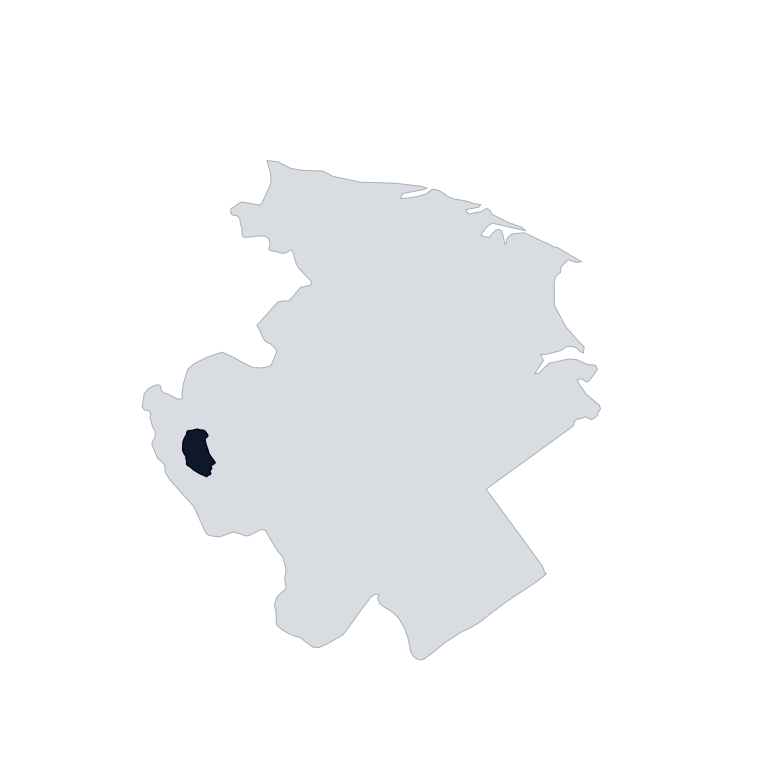 location of Djouori-Agnili, Haut-Ogooué, Gabon, rotated 144°
{"feature_id": "22940354B21948278538135", "entity_name": "Djouori-Agnili", "entity_type": "district", "adm_level": 2, "iso_a3": "GAB", "parent_name": "Gabon", "parent_adm1": "Haut-Ogooué", "projection": "orthographic", "projection_center": [13.959, -1.472], "detail": "fine", "context": "in_parent", "style": "filled", "palette": "ink", "viewbox_px": 768, "rotation_deg": 144, "n_neighbors": 0, "source": "geoboundaries", "source_scale": "gbopen_adm2", "svg_char_len": 4589}
<svg xmlns="http://www.w3.org/2000/svg" viewBox="0 0 768 768"><g transform="rotate(144 384 384)"><path d="M520.3,145.7L519.9,151.3L513.6,165.0L510.6,175.6L509.8,186.9L511.6,195.9L514.6,202.4L516.6,209.4L515.1,214.3L512.0,216.4L514.1,218.9L518.7,219.5L526.6,217.3L538.7,213.6L554.6,208.2L565.1,205.2L582.3,207.1L591.5,209.1L596.2,212.9L601.3,229.1L603.8,231.6L608.0,238.5L611.5,246.7L612.2,250.9L611.9,253.9L608.3,258.4L604.4,265.0L603.0,269.0L599.7,271.9L595.5,274.8L584.0,276.0L582.3,277.7L579.0,284.7L572.9,290.6L570.2,296.2L567.7,303.7L568.2,313.0L567.0,326.3L565.8,335.3L568.8,338.5L582.6,340.7L585.2,342.5L588.9,348.1L593.6,353.3L606.2,356.6L611.1,360.7L615.0,365.1L615.6,368.7L612.7,383.1L609.9,397.0L611.0,407.6L612.1,417.7L613.5,432.5L612.9,441.4L609.3,446.9L609.3,451.2L610.9,456.4L607.8,470.7L605.8,473.1L600.1,475.8L597.2,479.7L596.2,485.7L593.2,494.0L590.1,497.0L590.1,500.9L593.1,503.7L593.0,508.0L587.4,513.1L584.0,517.0L576.5,518.9L567.9,516.9L565.9,514.1L568.0,509.6L567.2,506.1L564.3,502.3L559.7,492.7L555.6,490.7L553.4,494.6L546.4,501.9L534.1,511.3L525.4,512.0L509.5,509.2L496.1,504.7L489.9,493.7L485.9,484.7L480.2,474.1L473.8,469.1L467.0,465.9L463.9,465.7L454.2,471.6L451.2,473.9L451.3,478.8L452.2,483.4L453.7,485.6L455.0,488.6L454.7,493.2L453.0,499.3L452.4,506.1L421.8,512.7L416.5,510.3L412.6,507.3L408.0,507.8L394.7,511.3L389.8,508.9L385.0,507.1L382.8,508.6L382.6,511.5L384.9,527.4L384.2,533.5L381.2,541.4L379.7,546.8L387.8,548.3L390.7,550.8L393.6,554.8L397.5,558.5L397.8,560.8L393.3,565.0L391.8,570.1L393.9,574.1L399.5,578.3L407.5,582.6L411.5,585.4L411.1,588.0L407.4,593.6L405.9,598.3L403.4,602.5L403.9,606.4L407.6,610.1L407.2,613.3L404.7,615.8L399.7,615.3L395.5,615.6L391.7,614.6L379.7,602.0L377.1,601.7L359.8,611.4L355.5,615.4L352.0,621.1L347.3,633.5L339.4,626.3L332.6,613.1L324.6,605.0L308.0,591.9L303.5,582.3L284.4,561.1L257.0,539.9L237.2,521.5L234.2,517.4L237.6,517.9L256.7,527.1L259.3,526.0L261.4,524.0L253.2,519.2L245.3,515.4L237.9,513.0L230.6,513.2L226.4,509.4L223.7,503.4L222.3,498.4L219.1,493.1L208.6,482.1L206.0,477.9L200.3,472.2L203.7,471.4L215.0,476.9L216.0,474.7L215.0,471.5L203.7,466.2L197.6,465.9L196.2,462.2L197.0,458.0L188.9,442.1L180.5,430.1L179.2,424.5L201.8,450.4L204.8,450.8L208.8,450.6L218.2,447.7L216.4,444.2L212.1,440.5L208.1,442.2L202.7,442.6L199.9,441.0L198.7,438.4L204.0,425.8L201.7,426.4L200.0,428.6L197.1,429.7L192.6,430.4L181.4,423.7L171.6,405.5L169.0,401.7L166.3,395.4L163.7,392.8L152.4,367.0L156.8,368.9L161.9,376.4L171.9,374.8L175.8,370.4L179.2,370.6L182.7,369.6L187.1,365.5L199.9,347.6L203.3,324.1L202.2,310.1L200.3,296.3L204.5,291.8L206.2,294.8L207.0,299.7L209.0,303.3L213.6,306.6L222.1,307.4L235.2,312.5L239.9,315.8L241.2,309.3L256.3,303.7L251.7,301.7L238.3,303.9L219.9,295.6L213.8,290.4L208.1,280.4L202.1,275.1L202.6,270.4L215.8,266.0L219.3,266.5L220.7,271.7L224.3,273.8L225.6,273.1L226.2,268.7L226.3,256.8L222.2,239.9L223.5,236.6L227.1,235.4L230.3,233.1L232.6,232.7L237.1,233.1L239.3,237.1L240.5,239.2L245.0,240.2L248.8,242.3L252.0,241.7L254.6,239.3L258.5,238.8L270.5,238.8L281.5,238.8L303.3,238.8L325.0,238.9L346.8,238.9L363.2,239.0L363.2,229.3L363.1,214.3L363.0,196.6L362.9,179.6L362.9,163.9L362.8,145.4L363.7,140.0L364.8,137.8L364.4,134.8L381.3,134.5L411.8,135.9L425.1,135.7L428.9,135.9L445.6,135.0L459.1,136.2L464.8,137.5L470.0,138.1L486.2,138.9L507.3,137.9L514.5,138.1L518.4,140.7L520.3,145.7Z" fill="#d9dde1" stroke="#a8b0b8" stroke-width="1"/><path d="M581.8,413.3L581.2,413.4L580.0,413.6L579.3,413.6L579.0,413.4L578.2,413.0L577.3,413.1L576.6,413.8L576.4,415.0L576.1,415.9L575.2,416.4L574.0,416.6L573.1,416.9L572.9,417.6L572.7,418.8L571.5,419.6L570.5,419.7L569.4,419.3L568.1,419.4L566.8,419.6L566.7,427.1L566.7,428.8L566.5,430.3L566.2,431.5L565.9,432.5L565.3,433.9L564.8,435.6L564.5,436.6L564.0,438.1L563.4,439.7L562.9,441.3L561.5,444.2L560.7,444.9L559.7,445.1L558.4,445.2L557.1,445.6L556.6,446.4L556.5,448.3L556.5,451.0L557.2,452.5L557.8,453.3L558.6,453.9L559.4,454.5L560.0,455.1L560.7,455.9L561.2,456.7L561.7,457.3L562.6,457.6L563.7,458.1L564.5,458.6L565.3,458.5L566.2,459.0L567.3,459.7L568.0,460.1L568.9,460.7L570.0,461.2L571.0,461.3L571.6,460.9L572.3,460.3L573.0,459.5L573.7,459.0L575.2,458.4L576.3,457.9L577.7,457.2L579.8,455.9L581.5,454.3L583.2,452.1L585.0,449.9L585.9,448.4L586.4,446.7L586.7,443.8L586.7,442.4L586.9,441.4L587.4,440.8L588.3,439.4L588.7,438.2L588.9,437.4L589.4,436.9L590.3,435.9L590.8,435.1L590.8,434.0L590.5,433.0L589.8,431.8L589.3,430.3L589.0,428.7L588.3,425.8L587.6,424.4L586.4,421.4L584.8,418.1L584.0,417.2L583.1,415.4L581.8,413.3Z" fill="#0f172a" stroke="#020617" stroke-width="1.5"/></g></svg>